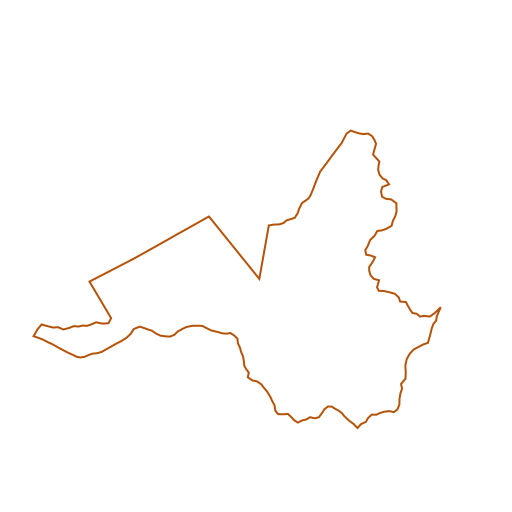 outline of Conceição de Macabu, Rio de Janeiro, Brazil, rotated 196°
{"feature_id": "56859067B82602417056719", "entity_name": "Conceição de Macabu", "entity_type": "district", "adm_level": 2, "iso_a3": "BRA", "parent_name": "Brazil", "parent_adm1": "Rio de Janeiro", "projection": "orthographic", "projection_center": [-41.847, -22.162], "detail": "fine", "context": "isolated", "style": "outline", "palette": "amber", "viewbox_px": 512, "rotation_deg": 196, "n_neighbors": 0, "source": "geoboundaries", "source_scale": "gbopen_adm2", "svg_char_len": 2830}
<svg xmlns="http://www.w3.org/2000/svg" viewBox="0 0 512 512"><g transform="rotate(196 256 256)"><path d="M409.0,185.5L378.1,156.3L379.3,150.7L384.8,148.7L391.4,148.2L395.7,144.6L399.4,142.2L403.3,141.4L407.1,139.3L411.7,138.4L416.3,135.0L420.9,132.3L426.7,133.0L431.3,131.3L437.2,131.1L443.2,131.1L445.8,125.3L447.7,117.6L443.9,117.4L438.2,117.0L432.0,115.7L427.9,115.2L422.6,113.9L419.1,113.1L415.5,112.4L412.1,111.6L408.6,111.0L404.6,110.5L400.7,109.7L396.9,110.0L392.7,112.0L389.6,114.7L386.2,117.1L382.0,118.7L377.9,121.3L374.1,125.2L370.6,128.7L366.6,132.8L362.2,136.9L358.0,141.6L354.9,146.8L353.4,152.1L348.2,156.1L343.5,155.9L339.7,155.6L335.5,155.5L331.1,154.0L326.0,153.1L320.9,153.8L316.5,154.8L312.8,157.7L310.4,161.8L307.0,165.3L303.3,168.6L298.1,171.3L292.6,173.0L288.2,174.0L284.5,173.2L278.6,172.1L271.9,172.4L266.9,172.4L262.7,173.3L259.4,174.9L255.1,173.6L251.1,171.5L249.4,167.2L246.2,163.5L243.6,159.3L240.8,156.0L238.6,151.3L237.0,147.3L234.3,144.6L230.8,141.9L230.4,137.1L225.1,135.4L220.7,135.8L215.5,134.1L212.2,131.6L207.9,128.7L203.2,124.4L200.7,121.3L197.1,117.7L194.8,112.7L191.3,110.1L186.3,111.3L181.8,113.0L177.7,110.9L174.1,108.7L169.9,107.4L166.0,110.9L162.7,112.6L159.6,115.9L154.5,116.3L151.1,118.4L149.5,122.5L148.0,127.5L145.3,131.2L141.5,132.1L138.0,131.0L133.8,130.1L130.3,128.7L126.9,126.4L121.2,123.4L115.8,121.4L111.0,118.6L108.6,123.5L104.6,126.9L103.7,131.0L101.0,135.4L96.6,136.6L93.7,139.1L90.0,141.6L85.3,143.6L80.4,143.9L77.8,147.4L77.2,152.6L78.7,158.3L79.3,163.9L79.0,168.7L81.3,173.0L78.5,179.3L80.1,185.8L82.3,192.0L82.7,198.5L81.3,204.3L78.6,209.7L73.8,214.2L71.1,216.9L66.8,219.9L66.8,227.5L67.1,235.2L66.7,239.7L65.0,243.6L65.6,247.9L65.1,251.9L64.3,257.7L68.5,250.3L72.2,245.7L77.8,244.8L81.7,243.0L85.5,244.8L89.9,244.3L93.0,246.9L96.3,250.0L99.2,253.1L104.9,251.9L107.2,255.4L112.2,258.0L118.1,257.9L123.5,257.6L128.3,256.4L131.0,259.2L131.0,266.6L136.5,266.5L140.6,269.1L143.0,272.8L144.2,276.7L142.3,282.1L141.2,287.6L146.0,288.1L150.4,287.6L152.6,291.8L151.3,296.5L150.7,302.7L147.7,307.9L146.3,313.5L141.9,315.4L138.3,318.0L134.0,322.4L134.1,327.4L133.1,332.5L133.1,337.3L135.6,345.4L141.7,347.7L146.7,346.8L151.1,347.7L153.6,352.4L153.6,357.2L147.9,361.5L151.7,364.8L155.5,365.4L159.6,368.1L162.3,372.4L163.0,376.2L163.4,380.7L167.3,383.2L171.4,385.7L171.5,390.7L171.5,396.9L174.1,400.2L177.4,403.2L182.0,404.6L186.5,402.7L191.2,402.3L195.4,402.4L199.4,402.7L202.6,398.8L203.8,393.2L204.8,388.2L207.3,381.8L210.7,373.1L212.0,369.4L214.1,363.8L217.6,354.7L218.3,349.0L218.9,344.1L219.5,336.3L220.3,329.5L221.4,325.7L226.4,319.5L227.6,313.1L227.7,308.7L229.3,303.4L233.1,300.8L236.6,298.6L238.6,295.3L242.3,292.8L247.9,291.0L252.1,288.9L246.5,234.9L312.1,281.0L334.9,258.0L355.0,237.6L373.0,219.5L409.0,185.5Z" fill="none" stroke="#b45309" stroke-width="2"/></g></svg>